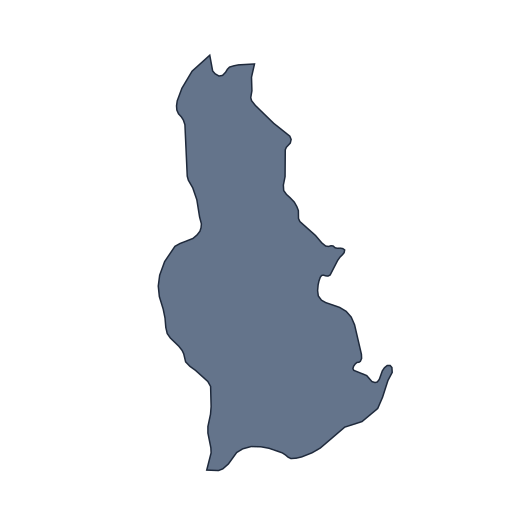 map outline of Bolivar (Mercator projection), rotated 166°
{"feature_id": "ECU-1277", "entity_name": "Bolivar", "entity_type": "Province", "adm_level": 1, "iso_a3": "ECU", "parent_name": "Ecuador", "parent_adm1": "", "projection": "mercator", "projection_center": [-79.147, -1.678], "detail": "fine", "context": "isolated", "style": "filled", "palette": "slate", "viewbox_px": 512, "rotation_deg": 166, "n_neighbors": 0, "source": "natural_earth", "source_scale": "10m", "svg_char_len": 1946}
<svg xmlns="http://www.w3.org/2000/svg" viewBox="0 0 512 512"><g transform="rotate(166 256 256)"><path d="M355.6,60.2L347.2,75.8L346.2,80.8L345.5,95.8L343.9,102.2L338.4,113.5L336.0,120.7L331.6,140.4L333.1,145.9L342.4,159.7L346.8,164.9L349.9,170.3L349.8,178.5L350.5,182.1L352.7,187.1L358.9,197.0L360.9,202.2L360.8,208.5L359.3,217.8L358.9,226.9L359.6,240.0L358.1,250.5L354.1,260.7L346.0,272.7L332.3,285.0L326.8,286.5L312.9,288.3L308.1,290.7L304.4,293.6L302.5,296.7L301.2,300.4L301.3,307.5L299.8,324.9L300.9,337.5L303.3,345.9L303.4,350.1L293.2,400.6L293.6,405.5L294.8,409.1L296.8,412.7L297.5,416.8L296.8,420.9L294.9,425.6L287.3,436.7L273.3,450.8L252.3,462.0L253.3,446.0L251.6,442.7L248.4,439.6L244.8,439.3L241.0,441.7L238.6,444.1L236.0,445.7L231.5,445.9L226.8,445.7L211.0,442.7L217.1,430.6L220.0,417.3L222.8,410.9L222.7,407.7L220.2,402.2L206.7,380.4L194.2,364.1L193.7,360.6L195.4,357.3L200.2,354.2L201.9,352.0L208.6,326.0L212.3,318.2L213.3,312.8L211.5,308.3L208.8,304.3L205.8,299.0L204.4,293.9L203.9,289.8L205.7,282.1L205.1,278.8L193.3,261.5L189.0,252.8L186.0,248.8L183.3,247.7L180.7,247.8L178.8,247.1L177.2,244.8L175.1,243.8L172.3,243.2L170.0,242.2L168.5,240.4L169.7,237.9L171.7,236.4L174.9,234.5L177.8,232.0L188.7,219.6L191.0,219.1L193.0,219.8L195.4,221.2L197.1,221.2L198.8,219.8L200.9,216.6L202.7,213.0L204.6,207.5L205.2,202.2L203.2,197.3L199.6,193.9L187.3,185.9L181.9,180.5L178.4,173.7L177.0,165.4L177.5,135.1L178.3,131.1L180.2,128.6L181.8,128.0L183.8,128.3L185.9,127.2L187.9,125.5L189.2,123.4L188.8,121.4L177.5,113.2L173.9,106.1L171.1,104.4L168.8,104.4L166.2,106.5L161.2,114.0L158.4,116.5L155.2,118.0L152.3,117.3L151.1,114.9L152.0,110.1L158.1,103.3L167.4,88.3L174.8,78.6L193.2,69.7L211.3,68.5L240.1,54.1L249.2,51.5L260.3,50.0L265.8,50.1L271.1,51.0L273.6,53.1L275.5,55.8L278.1,58.6L289.9,66.3L297.4,69.7L306.8,72.3L315.6,72.1L322.3,70.0L333.1,60.9L339.7,57.5L344.3,56.9L355.6,60.2Z" fill="#64748b" stroke="#1e293b" stroke-width="1.5"/></g></svg>